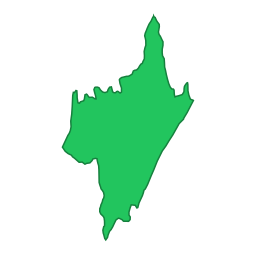 Sollefteå, Västernorrland, Sweden, rotated 269°
{"feature_id": "70781695B14713554089347", "entity_name": "Sollefteå", "entity_type": "district", "adm_level": 2, "iso_a3": "SWE", "parent_name": "Sweden", "parent_adm1": "Västernorrland", "projection": "equal_earth", "projection_center": [16.958, 63.453], "detail": "fine", "context": "isolated", "style": "filled", "palette": "green", "viewbox_px": 256, "rotation_deg": 269, "n_neighbors": 0, "source": "geoboundaries", "source_scale": "gbopen_adm2", "svg_char_len": 2715}
<svg xmlns="http://www.w3.org/2000/svg" viewBox="0 0 256 256"><g transform="rotate(269 128 128)"><path d="M110.0,62.1L105.7,64.9L103.4,67.8L101.8,71.0L100.2,72.0L98.8,73.9L96.7,76.2L94.6,78.5L94.7,81.6L92.6,84.3L93.4,86.1L93.8,89.3L95.9,91.4L97.7,92.4L98.2,95.0L97.8,96.5L95.9,96.7L93.6,97.2L90.8,98.0L86.7,98.2L79.4,98.2L74.0,98.2L71.7,98.8L69.3,99.6L67.6,100.0L66.1,101.2L64.1,102.4L61.0,103.0L58.7,102.6L56.7,101.5L54.3,100.9L51.6,99.6L49.8,99.2L47.9,98.4L44.8,98.3L42.6,99.2L40.3,101.5L38.7,102.5L35.4,102.9L32.3,102.9L30.4,102.8L29.8,102.0L26.3,101.1L23.4,101.4L21.4,102.0L18.0,102.8L16.5,103.8L18.9,105.6L21.3,106.2L25.0,107.7L26.7,109.3L29.5,111.0L32.6,112.5L36.3,114.4L38.0,116.8L37.6,118.3L36.9,119.5L36.4,120.6L34.9,121.8L34.8,123.8L34.7,127.0L36.3,128.5L39.0,128.7L40.9,127.5L43.9,127.5L48.0,128.7L51.1,129.9L50.8,132.3L50.6,133.9L47.9,135.5L48.3,136.4L52.9,137.7L55.6,139.0L60.1,141.2L62.9,142.2L65.6,142.9L66.7,144.2L71.2,146.6L79.8,150.3L85.7,153.0L94.5,156.7L104.5,161.9L109.3,165.5L114.6,168.8L120.2,172.6L131.5,179.2L135.9,183.7L136.8,183.9L142.4,187.4L150.4,191.7L154.4,193.9L154.6,193.7L155.7,190.9L159.9,189.4L164.2,188.6L170.6,188.6L172.2,188.3L172.0,187.6L170.4,186.3L168.7,185.2L166.7,184.8L163.4,184.6L161.6,183.6L160.4,182.7L160.0,181.3L159.2,178.7L159.0,177.4L158.3,175.5L160.7,174.9L165.1,174.7L166.1,174.1L166.3,172.4L168.2,170.9L171.7,169.5L175.8,168.4L180.6,167.3L185.5,166.4L188.2,165.7L192.5,165.6L196.6,165.4L199.6,163.8L202.7,163.5L206.2,163.6L210.0,164.4L213.6,164.5L215.4,163.6L219.2,161.9L220.9,160.7L223.4,160.1L228.7,161.1L231.1,161.0L233.6,159.2L235.1,158.3L238.0,157.1L238.8,155.9L239.5,155.6L238.9,155.5L238.4,154.8L234.4,152.9L232.0,151.2L230.5,150.4L227.0,148.8L224.5,147.8L222.5,146.9L219.9,146.3L217.3,146.9L215.1,147.3L210.5,147.3L207.7,146.3L204.2,145.5L199.9,145.7L196.7,145.5L194.4,144.2L192.3,143.4L191.7,142.1L190.0,140.8L187.5,139.3L185.9,137.6L185.6,135.7L184.9,134.3L181.8,133.1L180.3,130.6L179.7,129.1L179.7,127.3L179.1,124.9L178.6,122.6L177.6,121.0L176.4,120.2L172.5,120.8L168.1,122.2L164.0,122.1L163.1,120.7L164.9,118.4L164.6,117.2L163.5,116.2L163.5,114.6L164.4,113.3L167.3,112.6L169.4,112.1L169.1,110.3L166.9,108.8L164.6,108.0L163.8,105.6L164.4,103.3L166.4,101.2L168.8,99.7L169.4,98.1L169.4,96.4L169.1,95.5L167.0,94.6L163.9,95.3L160.5,96.2L157.7,96.6L157.7,95.6L159.4,92.9L159.3,89.8L160.3,88.9L162.0,87.8L162.6,87.1L162.0,85.6L157.8,84.9L156.1,84.2L155.7,83.2L155.0,80.9L153.6,79.9L154.1,78.4L159.1,77.7L161.9,77.7L166.1,77.5L166.4,76.6L164.3,75.1L164.6,74.0L161.5,73.3L150.2,72.6L143.0,72.0L135.9,70.9L130.1,71.1L126.4,70.3L125.4,69.9L123.6,69.1L121.7,67.8L117.6,65.8L112.9,63.5L110.0,62.1Z" fill="#22c55e" stroke="#15803d" stroke-width="1.5"/></g></svg>